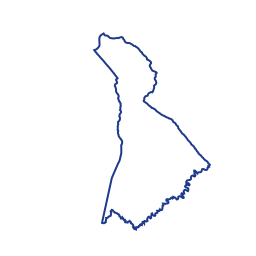 Mansidão, Bahia, Brazil, rotated 337°
{"feature_id": "56859067B73862657057037", "entity_name": "Mansidão", "entity_type": "district", "adm_level": 2, "iso_a3": "BRA", "parent_name": "Brazil", "parent_adm1": "Bahia", "projection": "natural_earth1", "projection_center": [-44.116, -11.041], "detail": "fine", "context": "isolated", "style": "outline", "palette": "blue", "viewbox_px": 256, "rotation_deg": 337, "n_neighbors": 0, "source": "geoboundaries", "source_scale": "gbopen_adm2", "svg_char_len": 5957}
<svg xmlns="http://www.w3.org/2000/svg" viewBox="0 0 256 256"><g transform="rotate(337 128 128)"><path d="M127.4,43.1L127.8,45.2L128.2,46.0L128.5,47.6L129.3,49.6L130.4,53.1L131.6,56.4L132.6,59.9L134.4,65.3L136.6,73.1L137.2,75.7L137.6,77.0L137.8,78.2L137.2,78.4L136.2,78.6L135.8,79.0L135.8,80.5L135.8,81.2L135.8,81.8L135.4,82.4L133.2,82.8L132.3,84.0L132.4,85.0L132.3,86.8L132.2,87.7L131.4,89.2L131.3,90.3L131.4,91.7L131.8,92.5L132.0,94.3L131.8,95.2L131.2,96.1L130.6,96.5L130.4,97.1L130.5,98.0L130.2,99.8L130.7,100.5L130.5,101.1L130.8,102.6L130.3,103.4L130.1,104.8L129.2,105.6L128.7,106.7L128.4,107.8L127.7,108.3L127.9,109.1L128.0,110.1L127.6,110.9L127.3,111.3L126.7,111.5L125.5,112.3L124.9,113.6L124.5,114.0L124.7,114.7L124.6,115.4L124.2,116.4L123.3,117.6L122.5,118.1L121.7,118.3L121.2,118.6L120.8,119.4L120.7,120.4L119.1,122.6L118.8,123.6L118.4,124.6L117.7,125.6L118.0,126.6L117.0,128.1L116.7,129.0L116.7,130.0L116.3,131.7L116.5,133.4L117.1,135.3L117.0,136.0L117.4,136.7L117.5,137.7L117.2,138.6L116.3,140.2L115.1,141.1L113.1,146.0L111.9,148.7L108.1,153.9L107.2,155.0L105.1,156.7L96.7,164.7L94.2,167.1L93.2,168.2L67.4,204.6L67.1,205.3L68.0,205.9L68.8,206.3L69.6,206.1L70.2,206.2L70.8,206.0L70.9,205.2L71.4,204.9L71.6,204.3L72.1,203.5L72.6,202.9L72.7,202.3L73.3,202.6L74.0,202.6L74.6,202.6L75.2,202.1L75.8,202.0L77.6,202.1L78.2,201.5L78.8,200.1L79.5,199.4L79.6,198.7L79.4,198.0L79.9,197.6L80.5,197.5L81.1,197.0L81.6,197.4L81.9,198.0L82.0,198.9L82.5,199.7L82.6,200.6L83.4,201.0L84.0,201.9L84.7,202.3L84.9,203.0L85.8,203.9L85.6,204.5L85.9,205.0L85.6,205.8L86.1,206.3L86.2,207.4L86.1,208.6L86.8,208.9L87.1,208.3L87.8,207.9L87.9,208.6L88.4,209.4L88.2,210.7L88.6,211.9L89.4,211.7L89.5,212.5L89.2,213.1L88.7,213.7L90.7,214.9L91.3,214.3L91.9,214.3L92.5,214.6L93.2,214.2L93.8,215.8L93.8,216.4L93.5,216.9L94.4,218.0L94.8,218.9L94.7,219.9L94.7,221.3L93.9,221.2L94.1,222.8L94.5,223.6L95.2,223.9L95.7,224.5L96.2,223.7L95.9,223.1L96.4,222.5L97.4,222.7L98.2,223.4L99.0,223.3L99.2,222.7L99.7,222.4L100.5,222.7L101.0,222.4L101.3,221.7L102.0,221.6L102.2,222.4L102.8,222.8L103.2,222.1L104.2,221.2L104.6,220.2L105.2,220.2L105.6,222.0L106.2,220.6L107.0,220.1L107.7,220.6L108.1,221.1L108.6,221.3L109.6,221.2L109.8,219.9L110.6,218.8L111.7,217.9L112.6,217.8L113.3,220.0L114.1,219.9L114.9,218.2L115.2,217.7L115.9,217.1L116.2,216.1L116.8,216.0L116.8,217.6L117.6,219.0L118.6,219.4L119.2,218.8L119.3,218.0L119.9,217.3L121.9,217.5L122.3,217.0L122.5,216.5L122.5,215.6L123.4,215.8L123.9,216.4L124.4,216.6L125.6,215.4L125.8,216.1L126.4,216.6L127.0,216.7L127.5,216.4L128.0,215.9L129.6,212.9L130.3,213.1L130.8,212.4L130.8,211.3L132.4,212.1L133.0,212.5L133.7,212.5L134.7,212.8L135.7,212.8L136.3,212.0L136.2,211.3L135.7,210.6L135.0,210.1L135.2,209.1L135.9,208.7L136.8,209.1L137.6,209.7L139.0,209.8L139.6,209.7L140.4,209.1L141.2,209.1L141.5,209.7L141.6,210.3L142.3,210.2L142.8,209.8L143.0,209.2L143.4,209.6L144.4,210.9L144.6,211.5L144.7,212.2L145.2,213.0L145.9,212.9L146.5,212.7L147.5,210.9L148.1,210.8L148.9,211.1L149.6,211.4L150.1,212.0L150.4,212.8L151.2,213.8L151.8,214.1L152.2,213.7L152.1,212.9L151.4,210.6L151.2,209.8L151.9,209.1L152.6,209.6L152.9,210.1L153.4,210.5L154.1,210.4L154.5,208.0L155.8,207.1L156.6,207.3L157.2,207.8L157.7,208.6L158.5,209.5L159.0,209.0L159.5,208.3L159.8,207.5L159.5,206.5L157.8,204.8L157.7,204.1L158.5,203.4L159.8,203.3L160.6,203.5L162.0,204.7L162.5,204.3L162.5,203.6L162.2,202.7L161.7,202.1L160.8,202.2L160.1,201.7L160.4,200.6L161.6,199.5L162.4,199.4L164.6,200.0L165.9,199.7L166.7,198.0L167.3,197.3L167.8,197.0L169.0,197.0L169.4,197.6L169.7,198.2L170.1,198.6L171.0,198.5L171.6,197.8L171.2,196.7L171.6,195.2L172.0,194.6L171.9,193.7L172.3,193.1L173.0,193.4L173.6,194.9L173.6,196.2L174.1,197.0L174.6,196.3L175.3,196.3L177.5,197.0L178.3,196.9L178.9,196.4L179.7,195.4L180.2,194.9L181.1,195.1L181.7,195.4L182.2,196.3L183.5,197.2L184.2,197.3L184.9,196.9L185.4,196.3L185.7,195.7L186.2,195.8L187.1,195.6L186.7,195.1L186.8,194.5L187.4,194.6L188.9,194.0L188.8,193.1L188.4,192.6L188.1,192.0L188.1,190.9L187.8,189.8L186.0,186.9L185.5,184.9L184.9,183.9L184.6,183.0L184.6,182.2L183.3,179.9L183.0,179.1L183.1,178.1L182.4,176.4L182.1,173.9L181.5,172.9L181.6,172.0L181.4,171.0L180.7,169.2L180.0,168.3L179.8,166.3L179.6,165.5L178.9,163.6L178.5,162.9L177.9,159.7L177.2,157.5L176.8,156.0L176.1,154.9L175.7,154.0L175.4,152.8L175.3,151.6L174.9,150.6L174.7,149.6L174.2,147.9L174.5,146.8L174.6,146.0L173.6,144.0L173.5,142.3L173.2,141.5L172.2,140.5L172.0,139.6L172.1,138.5L171.3,136.8L170.8,136.2L169.6,135.4L169.2,134.6L167.1,132.6L166.5,131.5L165.3,130.3L163.9,128.6L163.3,127.4L161.5,124.6L160.6,122.9L160.4,122.0L160.0,121.1L158.3,119.1L157.7,118.8L157.5,117.9L157.0,117.2L156.8,116.4L155.8,115.1L155.4,113.6L154.7,112.3L153.0,109.7L153.1,109.0L154.2,108.0L154.8,106.6L156.5,105.6L158.7,105.9L159.4,105.0L160.2,104.4L161.0,104.1L162.5,104.0L163.2,103.9L163.9,104.2L164.3,104.6L165.4,104.0L166.2,103.0L167.4,101.7L167.9,101.0L168.4,99.3L169.2,98.9L170.7,98.6L171.4,97.9L171.8,97.2L171.9,96.4L172.1,95.6L171.7,93.6L172.0,92.6L172.6,92.1L173.5,91.7L173.9,90.9L174.3,89.7L174.7,89.1L175.9,88.5L175.7,87.6L174.4,86.2L173.5,85.4L172.9,84.7L172.7,84.0L172.4,82.1L172.5,81.5L172.4,80.6L172.2,79.9L172.5,78.9L173.2,78.2L174.5,77.4L174.8,76.9L174.8,76.2L174.6,75.4L173.7,73.9L173.1,73.1L172.5,72.7L172.3,72.1L172.7,71.4L172.5,70.4L172.4,69.4L171.1,67.5L170.9,66.7L170.2,65.0L170.4,64.1L170.0,63.2L169.5,62.7L169.3,62.1L168.9,59.8L168.5,58.7L167.7,57.1L167.0,56.4L166.7,55.5L165.4,54.6L164.6,53.0L163.0,50.9L162.1,50.1L160.8,49.6L159.8,48.8L159.2,48.1L158.9,47.2L158.9,45.3L158.6,44.7L158.4,43.9L158.5,43.3L158.4,42.6L157.9,42.1L157.3,41.7L156.2,41.5L154.4,41.6L153.0,40.7L150.9,40.4L149.2,39.7L146.9,38.3L146.3,37.5L145.5,35.6L145.0,35.0L144.1,34.4L143.4,34.0L142.9,33.6L142.6,32.6L142.5,31.5L139.3,32.0L138.0,32.7L137.4,33.2L136.7,34.3L136.0,35.7L134.6,39.7L134.2,40.5L133.6,41.3L133.1,41.7L132.2,42.3L129.7,43.2L128.4,43.2L127.4,43.1Z" fill="none" stroke="#1e3a8a" stroke-width="2"/></g></svg>